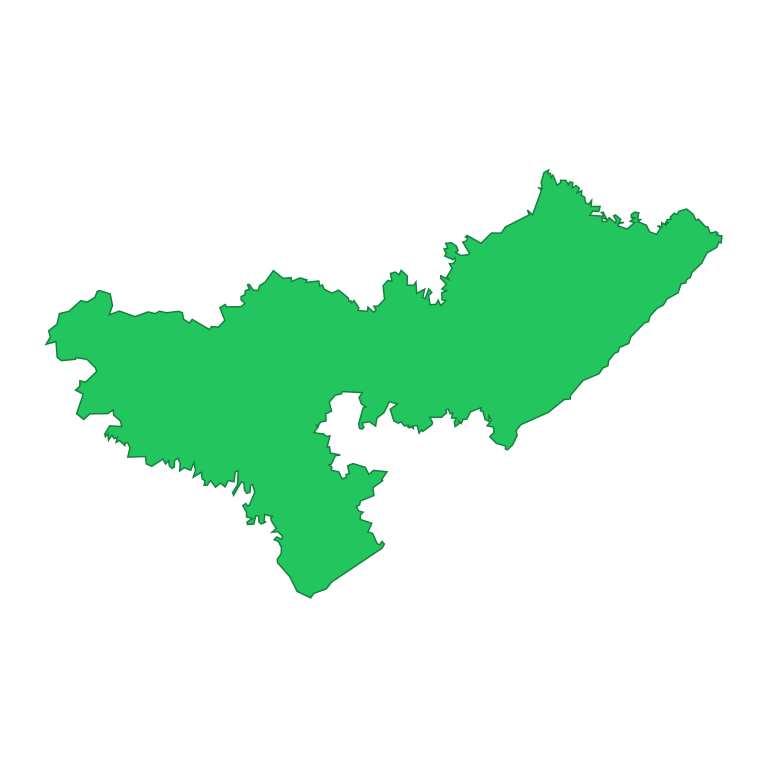 Amathole, Eastern Cape, South Africa
{"feature_id": "47623444B36505680523289", "entity_name": "Amathole", "entity_type": "district", "adm_level": 2, "iso_a3": "ZAF", "parent_name": "South Africa", "parent_adm1": "Eastern Cape", "projection": "mercator", "projection_center": [27.79, -32.642], "detail": "fine", "context": "isolated", "style": "filled", "palette": "green", "viewbox_px": 768, "rotation_deg": 0, "n_neighbors": 0, "source": "geoboundaries", "source_scale": "gbopen_adm2", "svg_char_len": 6105}
<svg xmlns="http://www.w3.org/2000/svg" viewBox="0 0 768 768"><path d="M565.8,180.4L560.6,180.3L560.6,182.6L557.1,185.2L552.9,175.1L550.8,177.6L550.5,173.4L547.7,173.6L548.6,170.1L544.1,172.4L541.1,182.5L542.3,188.5L539.0,187.9L541.4,190.5L532.5,214.9L527.4,210.0L529.3,214.9L505.4,227.0L501.3,233.1L491.5,233.0L481.1,243.3L467.0,235.4L465.5,237.0L467.7,237.5L466.4,240.9L462.8,242.1L469.6,253.6L467.9,254.7L460.9,255.5L455.5,252.4L458.1,250.7L456.4,246.1L451.3,242.7L445.7,243.3L447.8,248.1L444.0,249.1L446.2,253.1L444.9,256.1L452.9,259.6L454.8,257.8L455.5,260.4L453.3,263.6L449.5,263.6L452.1,268.5L446.8,276.9L448.7,279.5L440.7,275.8L440.7,278.4L446.4,284.3L441.9,289.1L446.6,290.9L441.8,292.6L442.0,299.8L445.7,300.7L440.7,305.6L438.2,300.2L436.0,304.3L430.1,304.8L428.6,295.5L431.8,292.5L428.8,289.0L425.1,298.8L422.7,297.3L424.8,289.1L416.7,293.4L415.9,282.1L413.8,285.3L407.0,285.2L407.4,276.1L401.2,270.3L399.2,274.7L395.1,272.1L390.5,273.5L391.9,281.4L387.8,280.4L383.1,285.8L384.5,299.3L377.9,306.2L373.8,306.2L376.0,309.8L373.7,312.3L368.0,307.2L367.4,311.4L357.9,310.4L358.8,307.7L354.0,300.6L351.7,302.8L350.9,300.8L349.1,301.5L348.1,297.8L338.5,290.1L332.1,293.2L324.1,289.2L322.5,285.0L319.6,285.9L318.8,281.0L306.0,282.4L306.9,279.9L300.0,277.9L291.5,281.6L291.1,277.6L283.0,278.3L273.4,270.6L264.9,282.4L259.7,285.6L258.1,290.6L253.2,290.1L249.3,284.4L247.6,284.7L249.3,289.3L245.4,290.6L244.8,294.8L241.1,296.6L241.1,299.9L245.0,303.6L240.9,306.7L226.5,306.9L225.1,304.5L219.9,307.6L224.8,320.3L218.4,327.2L211.5,326.5L209.5,329.6L192.2,319.4L189.3,323.1L183.5,319.1L182.4,312.7L178.6,311.3L166.5,312.8L159.5,311.2L155.1,313.6L148.1,311.9L135.1,316.6L119.4,311.1L109.2,314.8L112.5,305.5L110.2,294.0L99.6,290.6L97.2,291.4L95.0,297.3L87.1,302.1L80.8,300.7L69.0,311.3L59.5,313.6L57.0,324.2L48.6,330.8L50.4,336.9L46.1,344.3L56.0,341.6L57.2,357.3L61.3,360.6L75.5,359.3L75.8,357.6L86.9,359.3L95.4,367.7L96.7,371.5L85.5,382.2L79.9,380.8L79.8,386.2L75.5,390.2L83.3,394.1L76.6,413.7L83.8,419.5L89.9,413.8L107.7,413.6L113.1,410.0L113.7,415.1L120.5,421.0L121.7,426.6L109.7,425.8L104.8,433.9L105.4,436.7L107.9,433.9L108.5,440.1L111.8,435.3L114.2,438.6L117.4,437.2L116.1,442.4L119.6,440.6L124.8,445.5L125.3,442.7L127.8,443.0L130.0,447.6L127.8,457.1L145.5,456.5L146.3,463.8L151.7,466.3L163.0,459.1L165.6,464.0L168.6,460.7L169.4,466.0L172.1,468.4L174.3,467.1L174.6,460.2L177.9,458.5L180.2,463.4L179.6,471.0L184.2,467.7L190.7,470.3L193.9,462.4L195.5,470.5L193.3,477.2L201.4,472.3L202.1,478.7L205.0,481.0L204.1,485.2L207.4,485.1L210.5,480.4L215.5,487.2L220.5,483.1L225.1,486.9L228.1,480.5L234.0,481.8L235.2,471.8L238.2,470.7L237.6,484.7L232.7,492.5L233.6,495.3L241.3,482.0L243.9,482.9L244.5,490.0L246.8,493.4L250.0,492.2L250.5,485.4L252.6,484.5L254.8,492.1L249.6,504.7L247.7,506.1L245.8,503.5L242.8,505.6L246.5,512.0L246.5,516.9L252.4,518.6L247.0,522.0L247.5,524.4L253.8,524.1L255.8,515.7L258.8,516.1L258.9,521.9L261.4,524.0L265.5,522.0L264.1,521.1L264.7,514.5L272.3,516.5L270.8,517.9L271.6,521.2L276.3,528.5L272.1,532.2L277.9,531.7L282.6,536.4L281.5,539.3L276.8,536.9L274.2,539.6L278.4,541.5L281.4,547.3L281.2,553.6L277.3,559.3L277.6,562.7L289.9,576.8L297.1,591.4L310.6,597.9L313.8,593.4L326.2,588.9L331.9,581.8L382.0,548.2L384.4,544.0L381.9,541.5L379.8,544.7L377.3,543.8L372.6,533.4L367.9,532.0L371.8,523.3L360.2,519.4L360.5,514.6L363.1,512.2L358.6,511.0L356.5,506.4L359.6,505.0L360.4,501.0L373.9,495.5L372.9,487.7L382.7,480.7L381.7,479.5L387.0,471.8L373.5,470.4L368.8,474.4L365.3,467.3L353.1,463.6L347.7,465.7L349.2,473.7L346.1,474.5L346.4,477.5L342.0,478.8L338.7,471.8L331.4,470.3L331.8,467.0L329.0,464.8L331.4,464.2L335.3,455.8L340.3,455.0L330.4,453.0L329.5,446.8L327.1,447.0L329.9,435.9L326.3,436.5L323.7,433.9L318.1,433.4L316.0,433.0L313.9,432.4L318.1,427.1L316.2,425.7L316.4,425.0L318.2,425.9L320.5,422.1L326.1,420.9L325.6,414.0L331.5,411.1L329.3,402.0L335.4,395.1L341.3,393.9L342.5,391.6L362.4,392.6L359.0,397.6L361.4,404.0L365.9,406.8L363.2,407.6L358.7,423.8L359.5,428.3L362.0,429.1L363.9,427.4L362.0,423.1L369.5,421.7L375.6,426.1L376.9,418.1L384.0,412.6L389.4,401.7L397.5,404.0L390.2,409.3L393.8,420.9L398.3,423.2L401.0,421.9L404.5,426.0L408.8,425.2L408.0,427.2L409.6,427.9L410.8,426.6L413.4,428.5L413.0,425.8L417.2,425.6L419.1,433.1L421.4,429.9L422.8,431.4L431.7,424.9L432.6,422.7L429.9,417.3L441.6,417.3L446.7,412.7L445.8,409.9L448.3,409.2L450.2,413.8L452.6,413.0L451.6,418.0L456.3,418.2L454.3,422.1L455.2,426.6L459.3,423.5L458.8,421.2L461.3,423.5L463.0,419.3L466.9,419.1L470.5,411.8L481.0,407.7L480.4,410.7L482.9,411.6L485.2,419.7L488.9,421.2L489.1,416.0L491.4,420.2L487.1,425.8L493.0,427.0L494.0,429.2L493.7,432.8L489.8,436.7L496.4,443.4L505.6,445.9L505.4,449.0L507.5,449.8L512.6,444.8L517.1,435.7L516.2,430.5L520.9,424.6L548.3,412.4L564.1,399.6L570.3,398.9L570.5,395.3L583.1,380.4L599.1,373.7L602.8,368.0L607.9,365.8L608.7,360.6L614.4,353.4L618.3,351.7L619.4,347.5L628.8,343.4L630.6,337.1L644.5,322.9L648.5,321.7L650.0,316.2L657.1,308.3L663.5,304.9L666.9,299.0L678.1,292.8L680.9,284.0L685.7,282.9L686.8,279.4L690.4,277.4L691.9,272.5L701.7,263.2L706.8,253.0L716.7,247.4L718.8,242.3L721.2,242.9L721.9,235.9L716.7,235.1L717.9,233.2L716.1,231.7L710.3,233.2L707.8,226.8L705.5,226.8L698.5,219.1L695.9,220.2L693.1,214.2L686.6,209.0L678.7,211.4L677.3,214.5L674.3,213.2L670.3,217.1L671.1,219.2L667.4,219.6L666.2,221.8L668.9,223.3L666.6,222.3L666.2,225.6L665.4,223.0L664.5,224.4L661.8,222.7L661.8,226.7L657.4,225.9L660.6,227.9L656.5,234.4L649.6,231.8L646.3,225.2L638.0,221.7L640.5,219.6L637.5,219.5L638.8,212.8L634.9,212.1L631.4,214.4L631.3,217.7L634.5,217.8L630.2,221.4L634.6,222.5L627.3,229.0L618.1,225.9L618.7,223.6L624.0,222.5L618.9,222.5L620.7,219.3L615.4,214.9L613.6,215.9L616.2,220.3L615.6,223.1L609.2,217.8L606.6,221.4L602.1,221.4L602.1,217.8L606.8,219.5L603.1,212.1L601.4,212.6L603.5,214.6L602.5,216.2L589.6,215.2L592.9,211.0L598.8,211.5L600.1,206.4L591.1,206.5L591.6,200.4L588.7,204.3L585.3,202.6L584.8,197.4L581.4,195.2L581.7,190.7L577.2,192.8L579.4,188.3L576.0,185.6L572.2,187.9L572.8,182.5L569.5,182.0L568.5,184.9L565.8,180.4Z" fill="#22c55e" stroke="#15803d" stroke-width="1.5"/></svg>